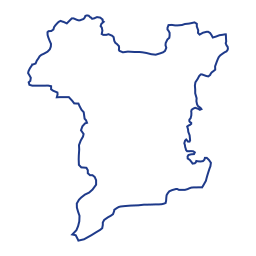 Zhytkavichy, Gomel, Belarus (Albers equal-area conic projection)
{"feature_id": "67162791B281573745440", "entity_name": "Zhytkavichy", "entity_type": "district", "adm_level": 2, "iso_a3": "BLR", "parent_name": "Belarus", "parent_adm1": "Gomel", "projection": "albers", "projection_center": [27.845, 52.192], "detail": "fine", "context": "isolated", "style": "outline", "palette": "blue", "viewbox_px": 256, "rotation_deg": 0, "n_neighbors": 0, "source": "geoboundaries", "source_scale": "gbopen_adm2", "svg_char_len": 3847}
<svg xmlns="http://www.w3.org/2000/svg" viewBox="0 0 256 256"><path d="M202.0,187.4L202.9,186.1L205.0,182.4L205.9,180.8L206.6,178.0L207.4,175.2L208.3,172.3L209.5,168.6L210.4,166.3L210.9,162.8L208.9,159.9L206.8,157.9L204.9,157.9L204.4,159.7L203.0,161.1L200.5,161.5L197.9,161.3L196.3,161.0L195.8,162.4L194.7,163.3L192.6,163.6L191.4,161.9L189.8,159.9L187.7,158.5L187.6,156.4L188.5,155.0L191.2,154.3L194.0,154.1L194.8,152.4L193.2,151.3L191.0,151.1L189.2,151.2L187.1,151.2L186.0,149.9L185.7,148.5L185.2,147.1L184.9,145.0L184.3,143.2L185.1,140.6L186.2,139.5L187.0,140.4L188.0,141.6L189.5,141.6L190.1,140.4L189.9,138.1L189.6,135.3L188.3,131.9L188.0,129.2L187.2,126.5L188.7,125.4L189.8,125.0L191.2,123.9L191.2,122.8L189.9,122.0L189.3,121.0L189.4,119.6L190.6,118.2L191.3,115.4L191.4,113.0L191.2,111.3L191.7,109.7L193.5,108.5L195.2,107.8L198.2,108.8L199.8,109.8L201.4,109.1L200.5,107.9L197.8,105.9L197.0,104.1L196.4,101.2L196.6,98.2L195.2,93.3L195.2,89.4L194.9,85.6L195.4,82.3L197.6,79.0L199.2,76.0L200.8,74.4L201.9,74.4L204.1,75.2L206.3,76.0L208.3,76.4L210.2,74.9L210.7,73.7L211.7,72.4L213.2,71.3L215.2,69.7L215.1,66.3L216.0,63.9L216.7,61.9L217.7,59.4L218.7,57.2L220.2,55.4L222.4,53.8L224.6,52.3L226.5,51.4L227.7,49.7L227.9,48.6L227.6,46.7L226.6,45.5L225.7,43.2L226.2,41.5L226.0,38.4L225.9,35.5L225.8,34.3L225.2,34.3L222.5,34.8L219.5,35.2L215.9,36.6L212.8,37.5L211.5,35.1L210.1,33.0L208.2,31.8L206.6,31.8L203.0,32.7L199.6,34.6L198.0,32.9L198.2,30.3L196.8,26.5L196.8,23.8L194.5,22.4L191.4,23.1L189.0,23.6L184.9,24.0L182.0,25.0L177.5,25.4L175.1,25.4L171.8,24.9L168.5,25.1L168.2,26.0L167.5,27.8L167.5,29.5L168.4,30.6L169.6,32.8L169.6,35.7L169.3,37.8L167.4,39.5L165.7,43.0L165.5,45.2L166.3,47.8L165.0,50.9L163.1,52.3L160.3,53.3L155.7,54.7L151.2,54.2L146.5,53.0L142.4,52.3L139.5,52.0L134.5,52.0L127.9,51.6L122.9,52.3L119.5,50.9L118.9,49.9L119.1,47.8L118.9,46.1L116.9,44.0L115.3,42.8L114.3,40.9L113.6,37.1L112.1,35.7L108.5,34.2L106.2,34.9L103.3,34.9L101.7,34.0L102.4,30.7L101.8,27.6L100.6,26.1L101.4,23.8L103.7,21.8L102.6,20.9L102.6,19.5L100.2,17.6L97.0,17.1L94.9,18.0L94.4,18.3L92.1,18.8L90.8,17.4L90.3,17.3L88.7,15.7L87.0,15.4L85.4,15.9L84.7,17.6L83.5,19.0L79.9,20.3L78.4,20.3L76.8,19.8L73.6,18.4L71.8,18.4L70.3,19.9L68.0,22.2L66.8,23.4L63.4,21.8L63.0,21.8L60.6,20.9L58.6,21.9L57.0,23.5L55.3,25.4L54.1,27.1L53.4,29.5L51.3,31.0L48.5,31.2L47.5,32.2L47.6,35.0L48.3,37.4L49.5,40.5L51.0,43.9L50.8,46.7L49.8,49.3L47.5,51.7L43.9,53.7L41.3,54.9L39.6,56.3L38.3,58.5L36.8,60.6L35.6,63.5L32.4,64.7L32.2,64.6L31.9,65.3L29.9,68.3L28.5,71.2L28.1,73.1L29.5,75.4L30.8,77.8L30.3,80.9L28.7,82.3L29.4,84.8L32.4,85.7L40.5,85.7L48.2,85.6L51.1,86.2L51.1,89.3L53.1,90.7L55.0,91.5L57.4,92.5L57.6,94.3L56.8,97.3L60.5,97.1L66.8,97.1L68.8,97.1L72.3,100.9L74.2,103.4L76.2,103.5L78.4,103.5L79.6,106.2L81.5,109.8L83.7,112.2L84.6,118.7L86.0,120.2L87.0,122.8L85.0,123.4L82.4,126.3L81.0,130.3L83.6,134.0L83.0,136.6L80.8,140.4L79.0,145.1L79.0,145.4L79.2,149.6L78.8,155.6L78.7,159.3L78.9,164.9L81.3,167.4L84.4,167.6L86.4,167.8L87.8,170.2L87.8,173.2L90.0,175.2L92.5,175.2L94.7,177.0L96.1,180.2L96.1,184.7L92.5,189.6L89.1,192.6L84.9,194.6L81.2,197.5L79.0,199.7L76.8,203.5L76.9,207.6L78.1,211.8L79.5,215.8L79.3,221.3L78.1,226.1L76.4,230.2L72.3,234.5L75.7,235.2L77.9,239.5L78.4,240.6L84.0,239.3L87.6,237.3L91.4,235.2L95.9,232.4L100.1,229.9L102.2,228.2L102.8,225.0L102.8,222.5L104.2,219.9L106.5,218.3L108.1,217.2L110.7,215.8L113.0,214.2L114.1,211.2L114.3,209.8L116.8,208.1L118.7,207.0L120.6,206.5L124.5,206.1L130.5,205.6L138.4,205.3L143.7,204.7L150.3,204.6L155.6,204.4L158.9,204.4L161.7,204.2L163.8,203.7L165.6,203.0L166.1,200.8L166.3,197.7L166.6,195.2L167.7,193.3L169.3,191.3L172.1,190.1L176.0,189.0L177.2,189.0L179.0,189.9L182.1,189.9L184.8,189.9L187.6,189.1L189.3,188.3L191.3,187.6L193.7,187.4L196.7,187.4L199.0,187.3L201.7,187.3L202.0,187.4Z" fill="none" stroke="#1e3a8a" stroke-width="2"/></svg>